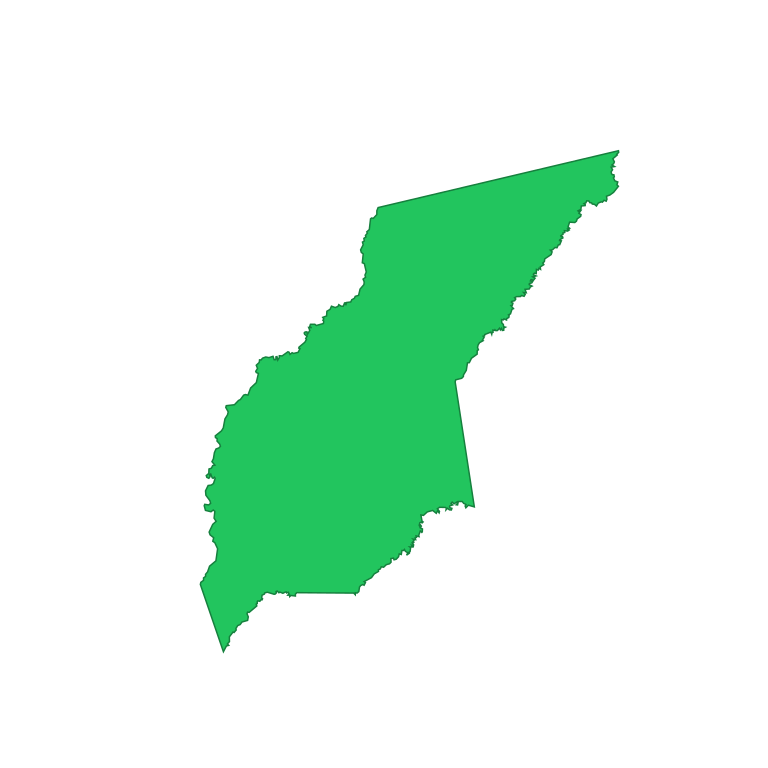 Arauca, Arauca, Colombia, rotated 295°
{"feature_id": "7082276B76814651219930", "entity_name": "Arauca", "entity_type": "district", "adm_level": 2, "iso_a3": "COL", "parent_name": "Colombia", "parent_adm1": "Arauca", "projection": "albers", "projection_center": [-70.53, 6.795], "detail": "fine", "context": "isolated", "style": "filled", "palette": "green", "viewbox_px": 768, "rotation_deg": 295, "n_neighbors": 0, "source": "geoboundaries", "source_scale": "gbopen_adm2", "svg_char_len": 6161}
<svg xmlns="http://www.w3.org/2000/svg" viewBox="0 0 768 768"><g transform="rotate(295 384 384)"><path d="M694.5,497.9L541.4,304.1L538.0,304.3L534.5,305.9L529.6,304.3L529.2,302.6L528.0,302.0L517.8,305.4L514.6,304.1L513.7,305.2L510.8,304.4L509.6,305.5L507.5,304.2L505.3,305.7L503.5,304.5L501.4,306.3L495.7,306.1L493.7,307.8L493.1,310.2L484.7,313.1L484.8,315.3L478.0,320.6L474.7,320.7L472.9,322.2L470.2,320.7L468.2,322.9L465.6,323.8L459.9,322.2L453.6,323.5L451.3,320.9L449.1,320.9L446.8,319.2L444.3,319.2L442.1,315.7L439.8,316.0L439.7,315.2L441.2,314.6L440.8,314.0L437.2,314.2L436.4,312.2L436.8,309.5L434.9,309.5L432.7,307.5L432.3,303.5L428.9,303.6L425.8,301.5L421.4,303.2L418.5,300.3L417.6,301.9L415.9,301.7L415.6,302.8L413.2,303.5L408.4,297.9L408.9,296.1L407.0,292.1L404.5,292.4L404.5,294.7L403.4,291.8L401.2,294.1L396.6,293.6L398.7,292.1L397.8,290.5L396.5,290.1L395.5,291.1L394.7,294.1L392.1,293.8L391.6,294.9L388.4,294.6L381.5,291.4L380.5,291.6L380.5,292.9L376.4,292.8L373.5,289.1L373.5,287.5L371.1,286.3L372.7,284.5L372.6,283.3L366.4,279.8L365.4,277.2L363.8,277.9L360.8,277.6L363.6,275.4L363.0,274.6L360.4,275.7L359.6,274.2L362.2,271.7L359.3,268.6L358.5,265.4L356.1,263.0L353.8,262.4L353.3,261.0L350.8,261.8L347.0,260.3L344.7,262.8L341.3,262.4L340.4,263.4L340.5,265.7L331.3,267.7L324.0,264.8L316.4,265.4L315.9,262.9L314.6,261.5L309.2,260.4L307.6,259.1L302.0,257.2L297.7,250.2L295.9,250.5L292.9,254.6L290.0,255.2L285.2,254.6L276.2,256.9L272.8,256.5L265.7,253.0L264.2,253.9L264.0,255.9L261.7,256.8L260.1,260.5L258.4,262.1L256.2,261.3L254.1,259.2L250.1,259.3L244.1,261.0L240.9,260.9L239.0,265.0L237.6,263.2L234.8,263.2L233.0,261.3L228.9,263.0L225.9,261.6L224.5,262.9L224.5,265.1L226.4,265.5L228.2,264.2L229.2,265.0L226.4,267.9L226.3,269.0L227.9,269.8L227.1,270.9L221.7,271.5L219.4,270.2L217.7,267.5L211.7,267.4L207.9,269.6L204.7,275.5L202.6,277.3L200.3,276.2L199.2,272.4L197.7,272.5L194.0,275.6L195.1,281.2L197.6,282.5L197.1,284.5L190.6,286.7L188.6,289.9L184.4,288.1L175.9,288.1L173.8,290.1L172.7,294.6L169.1,295.3L168.7,297.7L164.4,302.8L152.7,306.4L145.2,302.9L139.1,303.5L136.1,302.7L134.2,303.6L132.0,302.4L129.8,303.4L126.8,301.8L124.7,302.3L73.5,351.6L80.0,351.9L81.5,353.7L82.2,351.9L85.2,352.8L89.5,350.7L95.4,352.0L95.4,353.1L98.6,354.0L99.7,353.1L103.2,353.5L105.2,355.3L108.3,355.9L112.1,360.3L115.6,359.4L117.9,356.9L119.6,356.8L120.0,358.3L129.1,362.5L130.5,361.2L131.5,361.9L133.0,361.1L134.1,361.3L134.6,363.3L136.5,363.7L136.8,364.7L138.0,364.7L138.2,363.7L141.0,362.7L143.1,364.4L144.3,364.2L146.0,366.3L147.0,373.3L147.7,374.2L149.2,374.7L150.3,373.9L151.2,374.7L150.4,377.0L151.4,377.5L151.6,380.8L153.7,382.5L154.2,383.3L153.5,384.1L154.8,385.2L153.8,386.5L152.0,386.1L152.8,387.6L151.5,388.4L153.0,389.0L154.4,393.3L156.0,392.5L158.0,393.1L181.7,444.9L180.9,447.0L182.7,446.2L183.1,447.9L185.2,448.9L189.7,447.6L191.6,448.1L193.3,449.6L193.2,451.0L196.2,451.1L196.5,449.5L203.2,454.5L207.8,455.4L211.8,458.2L213.3,457.4L214.8,458.8L217.2,458.8L217.8,461.1L221.3,462.5L223.4,465.0L225.5,465.7L228.7,464.0L230.2,466.2L228.9,467.4L230.3,469.1L233.6,470.2L236.5,469.6L236.8,471.7L240.7,470.6L241.4,472.1L242.7,472.4L241.4,474.1L241.1,476.9L238.4,476.8L241.4,478.5L242.0,478.3L241.0,477.2L243.3,478.4L246.9,477.3L247.2,476.1L248.3,478.6L249.4,477.3L249.2,479.2L250.8,478.8L251.2,477.3L252.9,477.8L252.5,476.7L255.2,477.3L255.7,476.0L256.3,478.5L257.9,477.2L258.8,478.2L259.9,477.3L260.5,480.3L261.6,479.4L266.1,479.0L265.5,481.0L266.2,481.2L268.9,480.1L269.0,477.5L271.0,477.9L271.8,476.3L270.4,476.1L270.8,475.6L273.5,475.1L274.7,476.3L274.2,477.2L275.5,477.7L275.8,476.4L280.9,472.8L281.6,475.3L286.4,477.3L290.0,481.6L288.9,486.0L291.6,486.1L290.5,488.4L292.0,488.1L293.5,485.1L295.7,486.4L298.1,491.8L297.8,493.0L296.2,493.4L298.2,494.1L297.6,496.5L298.3,498.3L300.0,498.1L299.7,496.0L300.5,495.2L301.3,495.1L303.4,497.3L304.0,495.3L305.8,495.7L305.1,498.2L308.0,500.0L306.8,501.1L305.1,500.5L305.5,501.8L308.9,501.0L310.6,504.6L309.5,506.6L309.5,509.3L307.7,509.1L306.4,510.5L309.8,511.7L310.8,517.8L416.0,447.6L418.1,447.2L422.0,452.0L424.3,452.8L425.8,452.2L431.2,452.8L438.5,450.7L439.4,452.3L444.3,452.4L450.4,455.8L453.6,454.4L454.9,455.1L456.5,453.4L459.0,452.8L461.8,453.1L465.1,455.5L465.2,454.7L468.5,455.0L469.2,453.7L470.1,454.8L471.4,454.4L476.2,458.9L474.6,460.6L476.1,460.2L476.9,461.0L478.9,459.9L479.3,461.5L480.1,461.6L479.6,462.8L480.4,464.2L483.4,465.1L482.2,466.6L484.1,467.0L482.5,468.6L483.3,469.8L485.3,468.9L486.8,470.0L486.5,468.2L488.4,467.0L489.2,464.9L492.1,463.3L492.5,465.0L493.7,465.2L493.8,468.0L495.1,467.5L497.0,469.0L498.9,468.5L499.3,467.6L501.0,469.0L505.8,468.4L507.0,469.5L508.7,465.9L509.6,467.0L511.7,466.7L511.8,465.0L512.7,464.7L514.7,467.2L516.7,467.5L517.4,465.9L519.2,467.2L521.0,470.8L522.3,471.2L522.7,473.9L524.9,474.1L525.9,471.8L526.8,474.4L529.4,471.8L531.5,475.5L533.8,475.6L535.3,476.8L535.4,473.6L536.5,473.3L538.1,475.2L539.7,475.4L539.3,473.1L540.6,473.1L541.2,474.0L540.8,475.5L543.7,476.2L544.0,473.5L546.2,476.1L546.1,473.3L546.9,473.0L548.0,473.4L548.4,475.3L552.3,473.7L552.4,475.6L554.3,475.5L554.1,477.4L556.1,476.1L559.7,478.4L560.7,476.8L562.8,477.6L565.3,476.8L572.0,480.8L574.8,480.5L575.6,478.2L576.8,480.0L579.9,481.2L580.6,483.2L583.8,483.2L584.5,484.4L588.7,484.2L588.2,482.5L588.9,482.3L592.0,484.4L592.9,483.6L592.4,482.3L593.0,481.6L595.3,483.0L596.4,482.3L597.7,483.8L599.2,482.7L600.2,485.8L601.9,486.8L602.2,486.1L601.3,485.6L602.1,484.7L603.6,486.3L604.0,484.4L609.1,483.8L611.0,488.7L612.9,489.6L615.3,489.3L619.0,491.4L620.8,491.0L621.1,488.5L623.9,489.0L622.6,487.6L622.9,486.6L625.5,488.6L628.7,487.6L630.7,490.9L631.7,490.5L632.0,489.0L633.5,490.4L635.7,490.3L636.4,492.4L635.3,493.9L635.9,495.6L635.1,496.7L635.8,498.8L635.1,501.3L638.5,501.7L640.9,503.9L641.1,505.1L643.5,505.8L643.6,508.1L645.6,508.0L648.2,506.3L650.8,508.9L654.8,511.1L662.3,512.9L663.0,510.9L665.9,510.5L665.7,507.3L667.8,504.8L669.1,505.2L670.8,503.9L670.2,502.5L670.8,501.3L672.3,500.2L674.8,500.6L676.5,498.2L678.5,501.0L678.8,498.0L680.7,499.0L682.7,498.9L684.9,496.2L690.1,498.6L690.5,497.8L693.1,498.8L694.5,497.9Z" fill="#22c55e" stroke="#15803d" stroke-width="1.5"/></g></svg>